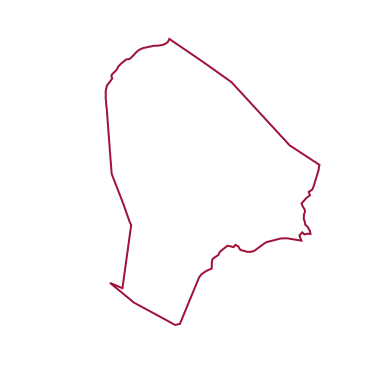 Cuité, Paraíba, Brazil, rotated 117°
{"feature_id": "56859067B4229147506031", "entity_name": "Cuité", "entity_type": "district", "adm_level": 2, "iso_a3": "BRA", "parent_name": "Brazil", "parent_adm1": "Paraíba", "projection": "equal_earth", "projection_center": [-36.09, -6.543], "detail": "fine", "context": "isolated", "style": "outline", "palette": "rose", "viewbox_px": 384, "rotation_deg": 117, "n_neighbors": 0, "source": "geoboundaries", "source_scale": "gbopen_adm2", "svg_char_len": 1297}
<svg xmlns="http://www.w3.org/2000/svg" viewBox="0 0 384 384"><g transform="rotate(117 192 192)"><path d="M110.0,90.7L106.1,126.2L76.2,206.7L71.2,240.4L65.9,281.7L69.3,281.6L71.5,282.7L73.8,284.4L75.4,286.4L77.0,288.7L79.1,292.5L80.9,294.6L82.9,297.2L86.2,301.1L88.1,302.7L90.0,304.0L93.0,305.2L96.5,306.1L99.4,307.1L101.7,307.9L103.9,310.9L106.3,311.9L109.7,313.4L113.7,314.7L116.1,314.5L119.4,315.2L123.1,316.6L125.1,316.6L127.1,314.6L130.4,315.1L133.3,315.7L135.7,316.1L139.1,315.3L141.8,314.5L144.8,312.8L147.7,311.5L149.5,310.2L152.8,308.3L156.1,306.0L197.6,280.8L212.3,271.8L233.1,248.5L247.3,233.6L249.0,231.2L309.3,210.3L310.2,223.8L313.7,207.9L316.9,193.8L318.1,146.6L315.0,142.9L265.0,146.9L261.1,146.3L256.0,143.5L251.3,139.7L245.4,142.5L242.6,143.2L240.5,142.4L236.1,139.9L232.9,140.1L227.6,137.8L223.9,136.1L223.1,133.8L222.3,130.0L219.4,129.3L219.4,126.2L221.6,122.7L220.1,115.2L218.6,112.5L216.2,109.8L205.2,104.3L202.8,102.8L193.1,91.8L190.1,86.4L187.8,79.0L185.7,72.5L182.0,76.5L177.9,75.5L178.8,72.6L176.6,70.0L175.6,67.4L173.4,69.0L170.6,73.0L169.7,76.3L167.4,77.9L165.2,80.2L161.5,81.9L157.8,82.5L156.1,84.1L155.0,86.3L152.5,89.2L145.2,87.3L141.4,85.4L138.9,88.0L135.4,86.0L131.9,86.2L114.8,89.2L112.1,90.3L110.0,90.7Z" fill="none" stroke="#9f1239" stroke-width="2"/></g></svg>